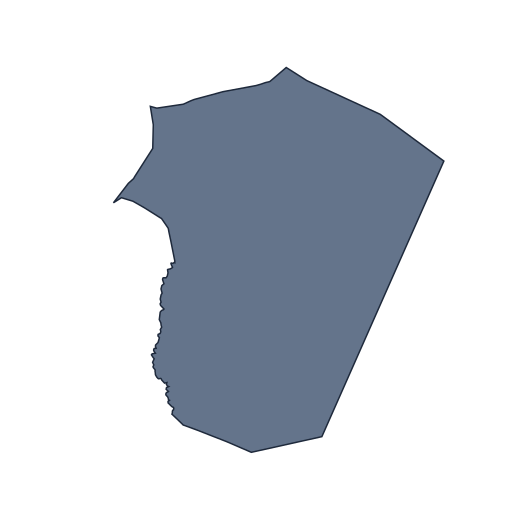 the district of San Juan Teita, Oaxaca, Mexico, rotated 17°
{"feature_id": "50627088B56157188370772", "entity_name": "San Juan Teita", "entity_type": "district", "adm_level": 2, "iso_a3": "MEX", "parent_name": "Mexico", "parent_adm1": "Oaxaca", "projection": "orthographic", "projection_center": [-97.453, 17.075], "detail": "fine", "context": "isolated", "style": "filled", "palette": "slate", "viewbox_px": 512, "rotation_deg": 17, "n_neighbors": 0, "source": "geoboundaries", "source_scale": "gbopen_adm2", "svg_char_len": 1961}
<svg xmlns="http://www.w3.org/2000/svg" viewBox="0 0 512 512"><g transform="rotate(17 256 256)"><path d="M308.9,445.1L371.8,409.5L407.9,110.3L333.4,84.2L253.3,73.4L229.8,66.9L218.3,85.0L217.5,85.6L214.5,87.3L212.0,89.1L210.8,90.0L206.2,93.0L176.4,108.5L157.5,120.4L156.5,121.0L155.6,121.6L152.2,123.7L150.7,124.7L148.2,126.7L142.1,132.1L117.9,143.6L111.2,143.8L119.4,160.5L125.8,183.3L116.8,215.5L116.3,217.8L112.7,223.8L104.1,246.8L110.3,239.6L122.3,239.6L135.1,242.5L153.8,247.6L154.6,247.7L161.8,253.4L164.0,255.2L165.6,258.3L169.8,265.9L179.9,284.7L180.2,286.0L179.8,285.8L179.4,286.5L178.8,287.3L177.0,287.5L176.9,288.2L178.4,290.1L179.3,290.9L179.5,291.4L178.8,292.3L177.9,293.3L175.6,294.6L175.4,295.0L176.8,297.9L177.0,301.3L176.3,303.2L175.3,303.4L173.6,304.0L173.4,305.1L173.6,306.0L176.1,309.5L174.6,311.8L174.8,315.3L177.1,319.0L176.6,320.9L177.0,325.2L178.7,327.9L178.3,329.6L178.7,330.5L179.3,331.2L183.5,333.6L183.3,334.3L182.0,335.4L181.4,336.2L180.8,337.7L182.1,345.1L184.5,347.7L185.5,349.9L186.6,351.6L186.0,354.4L186.9,355.7L187.1,356.5L187.0,358.1L185.6,359.3L185.3,359.6L185.6,361.1L187.5,362.4L187.6,367.4L186.6,369.3L186.0,370.5L186.2,371.7L187.5,373.5L185.8,374.1L185.5,374.9L185.6,375.9L186.1,376.7L188.2,378.4L185.3,379.9L184.9,381.1L187.0,382.9L188.7,384.1L188.2,387.9L190.1,390.0L189.9,392.1L190.5,392.8L192.6,394.2L193.0,394.7L193.0,395.4L193.6,396.6L194.6,399.0L196.5,400.8L198.2,401.8L198.7,401.9L199.4,401.6L200.7,400.9L201.2,401.1L202.0,402.1L205.7,404.3L207.8,403.1L207.8,404.9L209.3,406.2L210.7,406.4L208.9,408.0L209.0,409.7L211.9,411.2L211.1,412.2L210.3,412.7L210.1,414.4L210.7,415.4L212.6,416.5L213.5,417.4L214.4,419.2L215.4,419.3L215.1,419.8L214.4,420.8L214.9,422.2L218.9,424.3L220.1,424.8L221.3,424.9L221.9,425.7L222.1,427.3L221.4,428.0L221.5,429.3L221.8,430.3L221.9,431.2L221.8,431.8L226.6,434.2L234.5,438.2L235.7,438.9L250.4,439.7L282.0,442.1L308.9,445.1Z" fill="#64748b" stroke="#1e293b" stroke-width="1.5"/></g></svg>